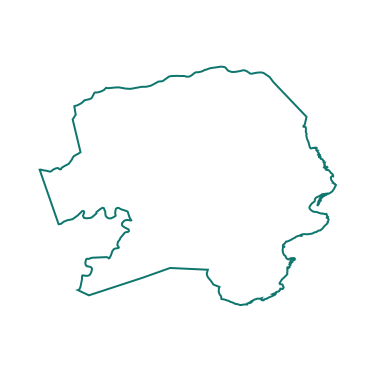 Black Bay, Laborie, Saint Lucia (Equal Earth projection), rotated 254°
{"feature_id": "8701671B96951790647096", "entity_name": "Black Bay", "entity_type": "district", "adm_level": 2, "iso_a3": "LCA", "parent_name": "Saint Lucia", "parent_adm1": "Laborie", "projection": "equal_earth", "projection_center": [-60.985, 13.744], "detail": "fine", "context": "isolated", "style": "outline", "palette": "teal", "viewbox_px": 384, "rotation_deg": 254, "n_neighbors": 0, "source": "geoboundaries", "source_scale": "gbopen_adm2", "svg_char_len": 5976}
<svg xmlns="http://www.w3.org/2000/svg" viewBox="0 0 384 384"><g transform="rotate(254 192 192)"><path d="M121.1,64.4L123.2,121.0L125.0,150.0L112.9,185.8L109.6,183.7L107.1,183.5L104.9,184.1L101.9,185.5L97.1,187.1L93.1,192.3L91.8,191.3L89.0,190.2L86.1,190.3L83.7,191.2L81.0,190.8L79.7,193.6L78.2,195.6L77.6,196.8L75.6,198.9L75.2,199.7L74.0,201.3L72.4,202.9L72.1,204.0L70.0,207.3L69.3,212.3L68.6,213.8L68.7,214.2L69.6,214.5L69.5,215.1L69.8,216.1L69.3,217.1L69.4,218.0L69.7,218.7L70.2,217.7L70.5,218.1L70.8,220.3L71.3,221.8L71.5,225.3L71.1,226.8L70.6,228.0L70.7,229.8L69.8,229.0L69.2,229.0L68.5,229.8L68.2,231.0L68.7,231.2L69.0,233.2L68.8,234.1L69.4,236.5L69.9,240.9L70.5,243.8L71.0,244.4L71.3,244.5L71.5,244.3L71.4,241.7L71.6,241.4L72.0,245.0L72.7,245.5L72.5,246.6L72.6,248.0L72.7,248.4L73.5,249.1L73.6,249.8L74.7,250.2L74.6,250.9L73.8,252.2L74.1,253.0L75.2,253.9L76.0,253.6L77.9,253.5L78.3,253.2L79.1,251.3L79.5,251.0L80.3,251.1L83.1,254.3L85.5,259.0L86.8,261.0L88.1,261.2L89.2,261.8L92.4,262.5L92.1,263.6L92.4,263.8L92.8,263.2L93.2,263.3L92.6,264.4L92.7,264.9L93.7,265.1L94.4,266.3L94.9,266.7L95.5,266.9L95.9,265.9L96.8,266.7L98.0,266.4L96.7,267.4L96.5,267.7L96.5,268.0L97.3,269.4L97.8,269.4L98.4,268.0L98.7,267.9L98.9,268.7L99.7,268.7L100.0,269.1L100.1,270.0L100.0,270.4L99.2,271.2L98.4,271.2L98.5,271.9L99.2,272.4L99.6,272.5L100.3,271.9L100.7,270.8L101.1,268.4L100.7,265.9L101.9,264.7L103.2,264.3L104.5,264.3L106.3,263.0L108.5,262.8L111.0,263.0L113.7,264.2L113.6,265.1L113.8,265.6L114.2,265.7L114.9,264.5L116.2,265.1L116.9,267.0L118.3,268.5L118.4,269.1L118.1,270.0L118.4,271.3L118.4,272.6L119.5,276.8L119.6,278.1L120.2,279.3L120.5,281.5L120.4,283.6L119.7,284.7L119.6,285.3L120.0,285.5L120.8,285.1L120.9,285.7L120.7,287.9L119.4,291.8L118.9,296.2L119.4,298.6L119.3,300.7L120.0,302.8L119.8,304.8L120.9,307.4L122.5,309.5L124.2,312.9L125.3,314.2L125.9,314.1L126.8,315.1L127.2,315.2L127.9,315.7L128.9,315.6L130.1,314.5L130.3,314.5L130.4,315.6L130.6,315.9L130.9,315.8L131.4,315.3L133.1,315.3L133.9,315.1L133.9,314.2L134.2,313.3L134.9,312.6L135.1,311.7L135.5,311.3L135.6,310.4L136.3,309.2L138.1,306.8L139.8,303.0L140.7,302.2L143.2,300.6L144.8,300.6L146.1,301.6L148.2,304.5L149.1,307.2L151.2,308.2L152.3,309.5L152.7,311.1L152.8,312.5L153.7,315.9L153.7,316.9L153.9,316.9L153.4,320.3L153.2,320.0L153.2,318.4L152.5,316.8L152.2,315.4L150.4,313.0L149.3,312.3L148.5,311.2L145.5,309.4L144.8,309.0L144.5,309.3L145.5,310.6L147.6,312.0L147.9,313.1L148.4,313.5L149.1,313.3L150.7,315.1L151.2,316.0L152.0,318.6L152.5,320.9L152.8,323.6L153.9,327.0L155.8,329.3L159.0,332.3L160.2,331.3L160.4,331.5L161.9,330.4L162.1,329.8L162.8,330.1L164.9,329.3L166.3,329.2L167.5,329.4L168.1,329.9L168.6,330.9L168.5,331.5L168.1,332.0L168.4,332.2L170.1,332.1L170.9,331.7L172.5,330.5L173.2,330.5L175.4,329.3L176.2,327.2L177.6,326.6L178.0,326.5L178.2,326.8L178.1,328.8L178.4,329.0L179.0,328.7L178.8,326.9L179.2,326.0L179.8,326.9L180.0,326.7L180.8,327.0L180.9,326.7L181.3,327.1L182.3,327.0L182.5,326.8L183.7,327.9L184.0,327.1L184.5,326.6L185.7,327.2L186.4,326.6L187.5,326.4L188.2,325.1L188.9,324.8L189.3,324.7L190.0,325.3L190.4,325.0L190.6,323.7L190.8,323.7L191.0,324.0L190.8,324.6L191.0,324.9L191.7,324.9L191.9,324.6L192.3,325.2L192.6,324.9L192.8,323.6L193.1,323.4L194.2,324.6L194.8,324.5L195.8,323.9L196.4,324.0L196.8,323.6L197.1,323.5L197.3,324.0L197.8,323.1L198.4,323.1L199.4,323.7L199.6,323.4L199.7,323.8L200.1,323.9L200.8,322.6L200.5,321.8L201.1,320.2L201.0,318.8L201.2,318.1L202.4,317.6L208.0,317.7L210.7,317.3L213.4,317.3L215.1,317.5L216.1,318.2L218.2,317.9L221.5,319.0L223.1,319.1L223.4,318.9L223.9,317.4L224.2,317.1L224.9,317.6L225.9,319.1L232.7,322.8L275.1,300.6L281.3,298.2L286.6,293.7L287.6,292.1L288.2,290.3L288.8,287.3L289.3,281.7L289.6,281.0L289.9,280.5L293.3,277.7L294.7,275.6L294.9,274.7L295.1,270.5L295.5,267.0L296.1,264.2L296.6,263.0L298.6,260.2L300.7,259.1L301.9,258.8L302.5,258.3L303.2,257.5L304.2,255.4L304.5,254.4L305.8,245.0L306.0,243.3L305.7,239.1L305.8,237.6L305.3,235.7L305.2,233.8L305.4,231.1L305.9,229.2L305.9,228.0L305.7,227.2L304.3,223.9L303.8,222.0L303.8,220.6L304.4,218.5L305.7,216.4L306.7,212.7L307.8,209.5L309.2,203.8L309.3,202.2L309.2,201.4L306.8,194.7L306.7,193.8L307.4,190.1L306.0,184.1L305.6,181.8L305.7,177.9L306.0,176.1L307.0,172.5L308.1,161.2L309.8,156.5L312.8,150.4L313.6,147.0L314.9,140.0L315.8,138.1L314.3,135.4L313.8,132.8L313.7,129.3L313.8,128.3L314.4,126.5L314.2,125.5L310.4,121.9L309.7,120.7L309.5,118.9L309.8,113.9L308.3,111.2L307.7,109.5L307.0,106.1L306.9,102.5L298.3,101.5L294.7,97.3L261.0,95.8L260.1,93.1L259.9,91.7L259.1,88.6L258.2,87.1L256.4,85.6L253.1,81.4L252.0,76.2L251.2,73.4L250.0,72.4L250.1,71.5L251.3,70.2L251.6,70.2L252.1,69.3L252.2,68.5L252.2,67.1L251.7,64.5L250.7,62.2L250.8,60.9L252.7,57.6L254.4,53.9L255.2,52.9L255.4,51.7L197.8,54.9L197.5,57.2L198.8,60.6L199.2,64.0L198.8,69.7L201.0,75.8L203.9,81.1L203.5,82.6L202.6,82.8L201.4,82.3L199.1,80.6L196.8,81.1L195.8,83.4L195.2,86.5L195.2,88.7L197.8,94.3L198.8,94.4L199.3,95.3L201.0,99.4L201.5,101.8L200.6,102.9L198.5,102.9L197.6,103.3L194.4,102.6L192.8,102.5L191.1,103.2L189.8,104.5L189.5,105.0L189.0,107.0L189.3,109.0L190.1,111.9L190.3,112.1L193.3,112.4L196.7,114.1L197.3,115.6L197.0,116.8L196.8,117.2L195.0,119.0L191.4,124.3L190.6,124.8L185.0,124.9L181.5,125.8L181.4,125.5L183.0,122.2L183.2,120.5L182.9,118.6L181.2,116.1L180.4,115.7L179.1,115.7L178.5,115.9L176.5,117.5L173.7,120.5L173.0,120.8L171.7,120.5L171.3,119.5L171.6,117.2L171.3,116.0L167.7,110.7L165.9,109.1L164.4,107.0L162.2,105.9L161.4,105.6L159.0,106.4L158.6,106.2L158.5,105.5L158.8,102.0L158.6,101.1L157.1,99.1L153.7,96.8L151.2,94.5L151.1,93.7L152.3,93.0L153.0,91.8L156.3,78.0L156.4,76.7L156.1,74.3L156.8,72.5L156.2,71.5L153.3,69.9L151.1,69.7L150.2,70.0L149.6,70.6L148.3,73.2L147.3,74.3L146.4,74.7L145.7,74.7L144.2,74.0L142.1,72.6L140.6,70.9L140.3,70.0L140.2,68.6L140.4,67.7L141.3,65.4L142.0,64.2L141.9,63.5L140.8,62.9L138.6,62.3L131.5,58.6L129.4,56.8L129.1,55.9L129.1,55.3L121.1,64.4Z" fill="none" stroke="#0f766e" stroke-width="2"/></g></svg>